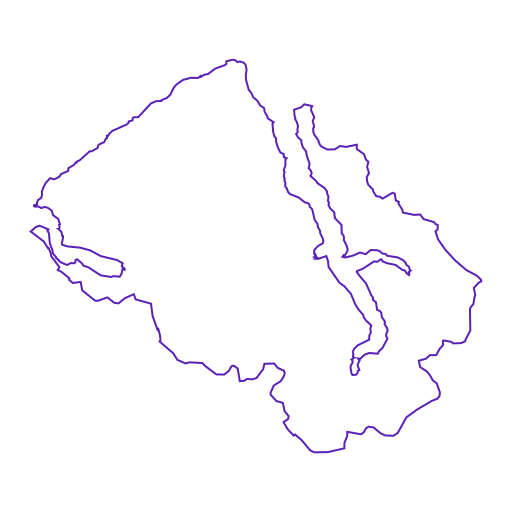 Ørsta nor, Møre og Romsdal, Norway (Albers equal-area conic projection)
{"feature_id": "86288312B4999748251605", "entity_name": "Ørsta nor", "entity_type": "district", "adm_level": 2, "iso_a3": "NOR", "parent_name": "Norway", "parent_adm1": "Møre og Romsdal", "projection": "albers", "projection_center": [6.353, 62.207], "detail": "fine", "context": "isolated", "style": "outline", "palette": "violet", "viewbox_px": 512, "rotation_deg": 0, "n_neighbors": 0, "source": "geoboundaries", "source_scale": "gbopen_adm2", "svg_char_len": 6013}
<svg xmlns="http://www.w3.org/2000/svg" viewBox="0 0 512 512"><path d="M438.0,239.2L435.5,231.4L437.6,229.4L437.8,225.1L435.3,223.9L434.1,222.1L423.6,219.1L420.2,214.5L414.1,214.9L403.0,212.6L402.2,209.5L398.4,203.5L398.8,201.8L395.8,200.5L394.8,193.7L392.5,192.8L382.6,198.6L379.8,196.7L376.2,196.2L373.3,191.5L373.0,189.6L368.3,184.8L367.2,181.7L366.7,177.2L369.0,173.0L367.1,167.0L368.4,161.7L366.0,159.7L364.1,154.2L356.8,149.1L356.8,144.7L346.2,146.9L340.0,146.0L334.7,149.4L327.3,149.5L321.4,146.5L320.2,145.2L318.6,142.0L318.5,140.6L314.3,134.6L313.3,132.1L313.2,128.2L314.2,126.8L312.7,121.0L314.3,117.4L311.1,110.2L311.3,107.5L312.2,106.1L304.3,104.3L301.1,107.3L294.1,109.7L294.5,115.5L295.3,117.9L295.1,119.0L296.8,122.0L298.0,126.0L297.4,129.7L297.7,132.2L296.1,134.0L298.0,137.4L301.2,140.2L301.8,144.2L303.0,147.5L306.2,151.6L306.6,155.3L309.6,163.9L308.7,168.2L310.8,170.6L311.5,172.6L311.5,174.2L310.4,175.9L316.1,180.9L317.3,183.0L324.6,188.1L326.9,191.2L327.2,193.7L328.5,196.8L327.9,201.0L329.0,202.5L328.5,205.0L330.2,208.4L334.1,212.2L334.6,213.8L334.3,214.9L334.9,216.6L334.6,217.4L335.1,218.4L341.5,224.9L341.7,233.5L343.6,235.6L344.0,238.1L343.8,240.1L346.7,245.7L347.6,249.3L347.4,251.0L344.8,255.5L343.6,255.1L342.5,256.9L345.7,257.4L352.7,255.7L360.1,252.5L365.7,254.2L370.5,250.1L377.2,250.2L380.0,251.3L382.4,253.6L385.6,253.9L387.0,255.7L397.6,257.4L403.0,260.1L405.9,263.1L406.4,264.9L408.8,266.6L410.0,270.4L410.6,270.6L408.7,272.2L409.4,273.4L409.1,275.0L407.0,273.7L404.6,270.3L402.6,270.1L395.5,264.9L387.1,263.2L382.6,261.4L381.6,259.4L380.8,259.3L377.5,261.7L373.9,261.5L362.7,268.8L356.9,271.1L356.8,272.0L359.9,276.3L366.0,283.3L371.3,295.3L373.0,297.5L372.8,299.6L376.0,302.4L377.1,309.8L380.2,311.2L381.3,312.9L381.8,316.9L385.0,321.7L384.6,324.3L386.7,327.3L387.7,330.2L386.1,334.6L386.3,336.4L387.3,338.0L387.2,339.1L382.5,347.9L378.9,351.4L377.8,353.7L369.2,353.0L364.4,354.8L360.4,358.7L358.0,358.5L359.6,360.4L357.7,364.4L357.7,365.8L359.4,370.0L357.8,371.0L357.5,373.1L356.1,374.7L352.5,375.0L351.6,373.8L350.5,367.7L350.9,365.4L352.6,362.6L352.5,360.6L351.5,359.5L354.5,357.7L352.8,356.7L353.4,354.5L352.8,351.7L354.2,348.8L357.9,345.2L369.2,339.7L369.3,335.6L370.8,332.5L370.3,328.3L371.3,325.5L366.0,320.5L363.7,317.3L363.4,315.2L358.2,309.1L355.3,304.4L350.9,293.8L344.4,286.3L339.5,282.8L328.6,267.0L328.0,260.9L326.3,256.1L318.0,258.9L315.2,258.7L316.6,257.7L314.7,257.1L316.1,256.5L314.8,256.5L315.6,255.8L315.1,255.1L315.7,255.3L314.0,251.8L314.5,249.6L318.4,245.7L322.8,243.4L323.3,241.1L323.1,239.3L320.2,233.2L320.1,230.9L317.9,227.1L317.6,224.1L314.7,219.9L312.2,209.3L309.6,206.5L309.4,204.6L308.4,203.3L304.7,202.3L298.8,197.6L289.9,194.0L288.1,192.0L286.7,188.1L285.3,186.7L285.4,182.8L284.4,180.7L284.8,178.6L284.0,177.3L283.9,174.6L284.6,172.1L283.7,170.4L285.4,165.4L285.4,159.7L286.6,158.2L283.9,157.2L283.7,154.1L280.4,152.5L277.9,147.5L276.1,141.7L276.1,138.4L274.5,136.5L273.1,131.7L272.5,123.5L273.6,122.2L267.7,118.3L267.5,116.8L264.7,111.9L264.0,108.0L260.1,105.4L257.3,100.7L253.2,97.2L251.1,92.7L248.7,89.7L246.0,79.7L245.8,75.1L246.6,69.6L245.5,64.7L243.8,62.7L240.0,61.5L237.2,62.1L235.8,60.4L233.0,59.7L226.4,61.2L226.3,64.0L224.7,65.2L215.2,68.6L207.9,74.1L204.4,74.7L200.9,76.8L200.6,76.0L198.1,78.0L190.9,77.8L183.0,79.9L176.7,84.3L174.0,87.3L170.3,94.7L166.8,98.0L161.6,100.1L161.3,101.0L156.3,101.1L151.0,103.4L138.2,117.2L134.1,117.2L132.6,118.3L132.6,120.0L132.1,120.6L128.7,121.4L128.5,123.0L126.5,124.6L112.3,130.9L109.2,133.8L108.4,135.6L106.9,135.7L107.0,138.1L105.8,138.7L104.2,142.1L99.2,144.4L98.1,145.6L97.6,148.0L91.5,151.4L89.7,151.3L79.7,160.3L76.8,161.6L76.8,162.5L75.0,163.2L74.2,164.7L68.4,168.2L68.2,170.9L60.9,174.2L59.5,176.6L55.5,178.8L53.5,179.2L50.2,178.1L46.0,182.6L43.6,186.8L41.9,191.7L42.0,195.3L41.1,198.0L38.1,200.0L37.0,202.5L37.0,204.4L34.1,205.2L34.0,206.1L35.1,206.7L38.5,206.5L41.3,208.1L44.4,207.0L47.5,207.6L51.7,210.6L53.1,215.2L58.2,218.9L59.9,224.2L59.1,224.8L59.6,226.3L59.3,229.0L58.4,229.0L61.4,231.9L62.3,236.0L62.9,236.0L63.1,237.2L61.8,243.8L62.3,244.8L67.4,246.4L80.3,247.7L90.2,250.4L100.8,256.1L116.9,260.0L122.8,263.3L121.7,266.0L124.6,268.7L124.6,269.8L122.6,268.8L121.5,273.8L119.7,276.7L113.3,276.1L111.1,277.0L100.8,275.4L88.5,267.4L83.1,265.5L82.1,263.5L77.2,259.3L75.7,259.8L75.2,262.5L74.1,263.3L71.1,263.0L67.0,265.0L61.9,262.8L58.5,260.6L58.5,259.7L56.3,258.3L55.9,256.8L53.0,253.7L52.4,250.2L49.8,243.1L49.0,233.5L47.4,230.5L48.4,229.4L39.7,225.8L36.1,226.8L30.7,231.5L43.7,241.4L48.1,248.3L48.7,248.1L50.8,253.5L51.1,256.0L59.4,267.1L57.8,270.1L61.4,271.8L69.4,278.3L69.1,279.8L72.8,283.0L80.6,281.9L82.2,290.3L95.0,300.6L97.8,300.8L107.4,297.4L114.3,302.8L118.5,303.4L124.8,298.2L133.8,294.2L135.7,299.4L151.0,303.7L152.6,316.0L157.5,329.7L158.3,329.0L159.9,334.8L160.5,340.3L159.6,341.5L173.3,353.3L177.3,359.8L185.4,363.4L189.8,362.3L202.5,363.1L204.7,365.6L216.3,374.4L224.2,374.6L229.0,370.7L231.5,366.2L233.8,365.7L237.7,368.5L239.8,381.1L244.0,380.8L247.2,378.9L252.5,379.4L256.5,378.0L263.1,369.3L264.4,363.8L274.2,363.5L277.6,367.8L283.8,370.6L284.8,373.2L283.7,376.5L280.7,381.2L273.8,385.5L270.5,392.9L270.7,394.8L276.5,401.1L282.8,402.8L284.7,411.4L288.7,416.2L288.1,419.0L283.5,422.1L287.8,429.4L293.7,435.6L295.1,434.5L301.8,440.3L310.2,450.4L314.3,452.3L327.9,452.1L344.4,448.3L344.4,443.1L347.2,436.0L347.3,431.8L361.0,434.3L363.7,432.4L365.9,428.4L368.5,426.7L373.5,427.4L380.5,433.2L385.1,435.4L393.4,435.8L397.8,432.9L406.4,417.3L417.5,409.3L431.9,400.8L437.3,398.8L439.2,396.5L439.8,394.6L439.8,392.1L436.7,383.2L432.9,380.5L429.9,375.1L426.9,371.5L420.2,367.1L418.8,360.7L426.0,358.7L429.8,355.2L436.2,355.1L439.7,348.8L443.0,345.2L442.9,340.9L443.4,340.4L451.2,341.8L453.1,343.4L461.1,343.1L465.2,341.3L465.6,339.4L470.3,330.6L470.0,310.1L470.4,307.6L473.4,304.0L474.5,297.2L475.3,295.1L473.8,288.0L478.5,282.8L481.3,281.3L480.8,279.5L476.9,275.7L466.4,270.1L454.9,260.2L445.2,249.6L438.0,239.2Z" fill="none" stroke="#5b21b6" stroke-width="2"/></svg>